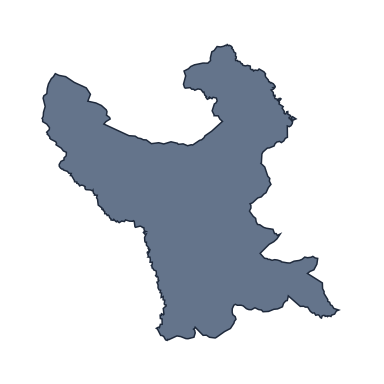 the district of Rio Verde, Goiás, Brazil, rotated 5°
{"feature_id": "56859067B61062500019904", "entity_name": "Rio Verde", "entity_type": "district", "adm_level": 2, "iso_a3": "BRA", "parent_name": "Brazil", "parent_adm1": "Goiás", "projection": "mercator", "projection_center": [-51.014, -17.719], "detail": "fine", "context": "isolated", "style": "filled", "palette": "slate", "viewbox_px": 384, "rotation_deg": 5, "n_neighbors": 0, "source": "geoboundaries", "source_scale": "gbopen_adm2", "svg_char_len": 5983}
<svg xmlns="http://www.w3.org/2000/svg" viewBox="0 0 384 384"><g transform="rotate(5 192 192)"><path d="M171.5,320.8L173.2,321.1L173.8,326.4L172.0,326.6L171.4,330.0L170.3,329.6L168.4,330.9L169.6,331.6L173.3,337.6L174.8,337.6L176.4,338.4L178.6,341.6L180.2,342.0L180.8,340.9L181.6,341.2L189.5,336.7L193.3,337.0L198.8,338.6L200.9,338.5L206.6,336.5L207.5,332.1L206.7,329.5L205.5,328.5L206.5,327.7L206.9,326.4L215.5,333.8L218.9,333.4L222.1,335.2L227.8,335.4L228.8,334.8L236.6,328.2L242.2,324.6L245.2,319.0L245.5,317.1L246.9,315.0L245.9,312.4L243.3,310.6L242.5,308.2L242.3,304.7L243.6,301.1L245.0,300.1L247.0,300.9L250.9,300.5L253.0,301.0L256.4,303.5L258.8,304.2L261.4,304.1L264.8,301.8L268.5,303.3L271.5,303.5L273.2,305.1L278.7,304.3L283.8,301.7L287.5,301.0L292.1,298.5L292.9,295.0L294.8,292.4L296.4,291.8L297.0,287.1L309.8,296.5L313.2,296.1L314.9,296.8L317.3,296.6L320.3,300.6L322.6,302.1L324.4,301.8L326.0,304.0L328.3,303.3L329.4,303.8L330.9,305.9L332.0,306.3L332.4,304.2L333.5,303.5L335.2,303.5L335.5,304.3L337.6,303.7L337.9,304.3L339.1,303.4L341.3,303.9L341.8,302.5L344.7,301.2L346.6,297.1L347.2,297.5L348.5,296.8L343.4,295.6L341.4,292.9L339.8,292.4L338.7,289.8L336.8,289.2L336.6,287.3L332.3,281.5L332.3,279.7L330.5,276.9L329.8,271.2L314.1,263.1L316.4,260.9L320.2,258.9L322.7,253.0L323.0,247.2L320.5,247.0L318.0,245.6L316.4,246.6L312.8,247.4L310.0,247.0L307.5,249.5L304.9,250.8L299.7,252.0L295.9,254.2L293.4,254.3L287.1,253.8L286.6,253.1L282.9,252.3L280.2,252.2L277.7,253.1L275.1,252.3L273.6,252.5L272.7,251.8L270.0,251.7L265.2,247.2L273.4,237.4L277.8,234.4L280.7,231.3L283.5,226.2L280.8,227.8L279.5,226.1L277.8,226.2L275.9,222.1L269.1,221.6L266.5,221.0L262.4,218.7L260.1,218.6L258.5,216.0L257.7,212.7L255.1,210.9L250.9,206.0L252.1,202.9L251.8,200.1L250.8,198.7L253.2,197.5L258.0,192.2L261.5,190.8L263.8,187.8L265.8,186.3L267.7,180.9L270.0,177.5L268.1,174.4L268.3,171.7L266.1,169.7L262.3,160.8L258.1,157.4L258.6,156.8L258.3,148.2L259.1,146.1L263.2,141.7L265.3,141.3L269.8,139.0L270.5,136.7L272.2,134.8L274.9,134.0L276.7,135.0L279.0,133.1L280.3,130.4L282.3,129.2L281.2,117.9L283.2,118.5L284.8,117.3L285.9,115.1L286.2,111.7L289.2,110.1L285.6,108.2L284.6,109.1L285.3,111.6L285.0,112.3L283.5,110.5L282.5,110.4L282.2,109.3L283.9,108.3L283.4,107.2L280.7,106.1L280.4,103.5L279.3,103.9L278.7,105.9L278.0,106.2L276.8,105.3L277.0,103.8L274.5,100.6L275.4,99.0L271.0,96.7L271.3,95.2L270.6,94.5L272.6,91.5L271.8,91.0L270.5,91.3L269.8,93.4L269.1,93.3L269.0,92.1L266.5,91.7L265.9,90.0L266.5,89.3L266.2,88.4L264.8,88.8L264.3,85.7L261.9,83.5L264.2,82.4L264.9,81.5L263.8,80.9L265.6,80.4L265.7,79.5L263.6,77.1L261.3,76.1L260.6,76.5L259.7,75.4L258.8,75.4L258.3,73.8L255.3,70.9L254.6,68.7L255.0,68.0L253.2,66.0L248.1,63.6L246.9,65.2L244.2,65.0L242.7,66.1L241.8,64.7L240.7,65.0L239.5,64.3L239.1,61.5L236.3,61.0L234.4,61.7L231.7,61.4L230.9,59.9L230.0,59.9L228.3,57.8L226.3,57.9L225.9,57.0L224.0,57.2L223.7,55.6L224.3,55.1L224.4,53.5L223.5,52.9L223.4,49.9L221.6,48.8L220.7,46.7L219.1,45.4L219.5,44.4L218.1,43.2L216.5,42.6L215.6,43.0L214.2,42.0L213.6,43.1L212.7,42.9L210.7,44.1L207.8,45.0L204.3,44.9L201.7,49.2L199.5,50.6L198.6,56.9L199.0,59.5L196.5,62.3L191.7,62.6L183.3,65.1L179.8,67.1L177.8,69.5L173.5,72.2L175.6,76.9L174.1,85.4L175.5,88.6L176.3,89.1L181.1,88.2L182.7,89.6L184.7,89.5L185.9,90.4L188.9,88.8L191.9,89.1L194.4,91.8L195.1,91.4L196.3,94.4L198.0,95.6L197.5,96.3L199.2,98.3L201.1,97.2L200.6,96.6L201.1,95.9L203.8,97.3L204.7,95.8L208.1,96.3L209.1,99.1L208.0,101.3L206.6,102.3L205.0,109.4L207.3,113.2L207.3,114.1L211.4,113.8L213.5,117.0L216.2,119.0L206.2,129.8L200.0,134.9L199.3,136.8L197.1,139.1L195.0,139.9L188.6,145.1L187.0,145.0L183.6,146.3L179.0,144.8L174.2,145.7L173.2,144.7L166.7,143.8L159.7,146.6L154.6,145.8L147.3,147.4L141.9,144.1L138.9,144.2L136.4,143.2L133.6,143.0L130.5,141.3L124.3,141.4L98.3,132.0L100.0,129.5L104.1,126.4L103.4,124.9L100.1,122.9L100.3,119.3L99.4,117.6L94.2,113.7L92.2,113.0L88.6,111.7L80.3,110.6L82.3,103.5L77.6,97.5L65.2,93.1L56.1,88.1L49.3,87.4L45.5,86.0L43.9,89.2L42.0,91.3L39.6,96.8L38.8,101.5L38.8,106.7L36.0,109.1L35.5,111.5L38.3,119.7L37.1,125.5L37.2,129.7L36.2,131.8L36.9,132.6L37.1,134.9L41.4,137.0L44.4,140.3L44.4,142.3L42.0,145.1L43.0,146.2L42.7,147.0L44.2,148.1L45.7,149.9L45.6,150.8L46.9,151.8L51.9,153.8L52.8,155.3L52.4,156.8L57.9,159.7L60.3,162.3L63.4,163.4L63.5,166.9L61.5,169.2L61.7,171.2L58.8,172.9L57.3,176.1L57.5,177.9L58.9,179.6L60.3,180.5L61.3,180.4L62.0,181.3L66.1,182.3L67.8,184.1L70.1,184.1L69.4,186.2L70.7,186.3L74.0,191.0L74.1,192.0L76.5,192.2L76.5,193.4L78.1,193.7L79.5,195.7L81.1,194.8L82.8,194.9L85.1,196.0L84.9,197.2L85.7,198.7L86.6,198.9L90.6,198.8L92.9,199.6L93.2,198.9L93.9,201.6L95.2,202.7L95.1,203.6L97.9,203.5L97.4,206.1L98.5,207.4L99.7,213.2L103.7,215.8L103.6,216.8L104.3,217.4L105.1,217.0L105.6,218.5L106.7,219.0L106.9,221.2L108.5,221.2L109.6,222.8L110.6,222.3L111.4,222.9L112.2,224.8L113.6,225.9L113.7,226.9L116.0,227.1L116.5,226.1L118.6,228.0L119.5,228.3L120.0,227.4L122.1,228.9L124.5,227.1L127.3,227.3L128.2,225.6L132.4,226.5L135.6,226.3L136.0,225.7L137.0,226.2L138.2,231.6L138.8,232.1L143.4,230.5L145.1,231.0L145.6,231.7L147.1,231.7L147.6,233.9L148.6,235.3L149.5,235.4L148.1,236.2L147.6,235.9L147.1,236.6L149.1,238.4L150.0,237.9L148.7,241.5L149.3,245.2L149.9,246.2L151.0,246.0L151.2,248.9L153.6,251.2L153.3,252.1L155.1,252.9L155.0,253.8L154.0,253.3L154.6,255.3L152.9,255.6L152.7,256.5L153.9,256.7L153.4,258.0L154.2,260.0L153.8,260.6L155.8,260.6L156.4,263.0L156.3,265.6L158.6,265.4L158.7,267.5L157.9,268.9L158.5,269.2L158.9,271.2L159.7,271.4L160.7,273.0L163.0,273.7L163.4,274.6L163.7,277.2L163.0,278.5L164.2,279.6L165.0,279.1L165.8,280.5L165.9,282.7L166.6,282.9L166.2,284.3L164.9,284.9L166.3,287.4L166.5,290.4L167.7,292.4L169.3,292.7L168.9,295.0L170.5,295.4L170.4,299.8L172.4,298.7L172.6,301.9L174.3,302.2L174.1,306.0L174.7,306.7L175.9,306.7L176.2,307.7L173.5,310.5L174.7,316.1L174.3,316.8L172.2,315.9L172.0,316.8L172.8,316.7L172.1,317.5L171.0,317.5L171.5,320.8Z" fill="#64748b" stroke="#1e293b" stroke-width="1.5"/></g></svg>